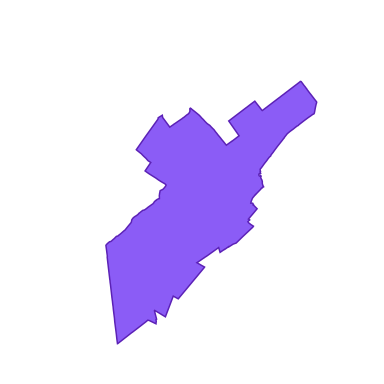 the district of Agigea, Constanta, Romania, rotated 320°
{"feature_id": "2599482B70645181256609", "entity_name": "Agigea", "entity_type": "district", "adm_level": 2, "iso_a3": "ROU", "parent_name": "Romania", "parent_adm1": "Constanta", "projection": "equal_earth", "projection_center": [28.603, 44.096], "detail": "fine", "context": "isolated", "style": "filled", "palette": "violet", "viewbox_px": 384, "rotation_deg": 320, "n_neighbors": 0, "source": "geoboundaries", "source_scale": "gbopen_adm2", "svg_char_len": 5811}
<svg xmlns="http://www.w3.org/2000/svg" viewBox="0 0 384 384"><g transform="rotate(320 192 192)"><path d="M250.1,234.1L250.3,233.8L250.4,233.7L250.4,233.4L250.2,233.3L250.2,233.2L250.3,233.0L250.5,232.5L250.8,231.9L251.2,230.9L251.4,230.7L251.6,230.3L252.1,229.8L252.4,229.4L252.6,229.2L252.8,228.7L253.1,228.1L253.3,227.7L253.3,227.4L253.4,226.8L253.5,226.3L253.7,225.9L253.8,225.4L254.1,224.9L254.2,224.7L254.3,224.4L254.5,224.3L254.7,224.2L254.8,224.2L254.8,224.3L254.8,224.5L255.0,224.4L255.0,224.2L255.2,223.8L255.1,223.7L254.8,224.0L254.7,224.1L254.5,223.9L254.3,223.8L254.2,223.5L254.1,223.4L254.0,223.2L253.9,223.0L253.9,222.6L254.1,222.1L254.3,221.8L254.5,221.5L254.8,221.4L255.1,221.2L255.3,221.2L255.5,221.2L255.6,221.4L255.7,221.7L255.8,221.9L256.1,222.0L256.4,222.0L256.5,222.0L256.6,221.7L256.8,221.2L257.1,220.6L257.2,220.3L257.4,220.1L257.7,220.1L257.8,220.1L257.8,219.9L258.0,219.6L258.2,219.3L258.6,218.6L259.0,218.3L259.5,218.2L260.4,218.1L262.5,217.6L263.6,217.3L265.2,216.9L266.5,216.6L269.5,216.0L271.7,215.4L273.7,215.0L274.1,215.0L274.5,215.0L275.2,215.0L275.7,214.9L276.1,214.6L276.4,214.4L278.4,214.0L279.9,213.7L280.2,213.6L282.9,212.9L287.2,211.9L294.1,210.5L296.7,209.9L297.1,209.9L297.5,209.8L297.7,209.6L301.0,208.9L301.8,208.7L303.0,208.6L306.0,208.6L310.2,208.9L312.2,208.9L314.9,209.0L315.5,209.2L316.0,209.3L316.4,209.3L316.7,209.2L317.8,209.2L323.2,209.4L328.6,209.7L331.7,210.0L334.6,210.2L335.3,210.5L335.7,210.5L336.4,210.2L337.7,209.2L339.0,208.1L341.1,206.4L343.7,204.4L344.7,203.8L345.1,203.5L345.4,203.0L345.5,199.4L345.7,195.0L345.8,191.0L345.9,190.0L346.0,187.4L346.2,186.8L346.2,185.9L346.2,185.3L346.3,184.4L346.3,182.2L346.4,181.3L346.6,177.7L346.4,177.2L346.0,176.9L345.7,177.0L298.2,174.8L298.1,174.6L298.5,162.8L293.4,162.5L265.8,161.2L264.2,179.2L255.2,178.8L255.2,178.7L248.4,178.2L248.4,177.1L248.5,173.7L248.5,170.6L248.6,168.8L248.6,165.8L248.6,164.6L248.7,163.2L248.7,162.1L248.7,160.8L248.8,159.7L248.9,158.3L248.8,157.5L248.7,156.7L248.6,155.2L248.5,154.0L248.5,153.1L248.4,152.1L248.3,151.9L247.9,150.5L247.6,149.4L247.5,148.6L247.3,146.0L247.3,145.0L247.2,143.2L247.1,142.3L247.0,141.3L247.0,139.7L246.9,138.0L246.7,136.8L245.8,132.1L245.1,128.8L245.0,128.2L245.0,127.9L244.9,127.9L244.6,126.7L243.9,126.8L242.8,128.2L242.5,128.6L242.3,128.8L241.8,129.1L241.5,129.2L241.1,129.4L241.0,129.5L240.8,129.5L240.3,129.7L240.1,129.7L239.9,129.7L239.6,129.8L239.4,129.8L237.4,129.6L236.6,129.6L236.2,129.6L235.7,129.6L234.8,129.6L233.8,129.6L233.5,129.6L233.4,129.5L232.3,129.4L232.2,129.4L231.9,129.4L231.0,129.4L230.4,129.3L229.6,129.2L229.3,129.2L227.5,129.0L226.4,128.9L223.2,128.6L221.7,128.4L221.0,128.4L219.7,128.3L218.9,128.2L217.3,128.1L216.9,128.0L216.7,128.0L216.8,126.2L216.9,124.5L217.3,118.0L217.4,116.6L217.4,116.0L217.8,115.4L218.6,114.1L215.5,113.6L214.6,113.5L213.8,113.4L213.4,113.8L213.0,114.1L212.6,114.3L212.0,114.5L199.2,117.8L192.5,119.5L186.9,121.0L181.7,122.4L176.5,123.8L176.5,124.0L177.5,129.0L177.8,130.3L177.8,130.5L177.8,131.3L178.0,133.7L178.3,136.0L178.4,136.7L178.4,137.9L178.4,139.4L178.5,140.0L179.4,142.9L169.6,145.7L170.2,148.2L170.9,150.7L171.6,152.9L172.4,155.4L173.2,157.8L174.1,161.3L175.1,164.5L175.6,165.8L176.0,167.0L176.2,167.3L176.3,167.5L176.7,169.5L176.5,170.0L176.2,170.3L175.2,170.6L174.0,170.9L172.1,171.2L171.5,171.2L171.2,171.2L168.5,170.5L167.6,171.2L167.0,171.7L166.2,172.3L165.5,173.0L164.9,173.5L164.5,173.9L164.0,174.6L163.7,175.0L162.8,176.1L162.3,175.8L161.8,175.6L161.3,175.5L160.9,175.4L160.4,175.3L159.3,175.2L159.0,175.2L159.0,175.3L157.9,175.2L157.6,175.2L157.3,175.2L156.8,175.3L156.5,175.4L156.2,175.5L155.8,175.7L155.6,175.7L155.2,175.8L154.9,175.8L154.6,175.9L154.2,175.9L153.9,175.9L153.5,175.8L148.5,175.4L147.0,175.4L145.0,175.3L144.4,175.2L144.1,175.2L143.8,175.1L143.5,174.9L142.6,174.5L142.5,174.4L140.1,174.3L138.8,174.3L137.7,174.3L137.6,174.2L137.1,174.3L136.2,174.5L135.5,174.4L134.4,174.4L132.8,174.1L132.2,174.1L131.4,174.0L130.6,174.0L129.8,174.1L129.4,174.2L129.0,174.3L128.3,174.5L128.0,174.6L127.8,174.7L127.7,174.8L127.4,175.1L126.8,175.5L126.3,176.0L125.9,176.2L125.6,176.3L121.2,177.1L116.1,178.1L114.9,178.0L110.8,178.1L109.4,178.1L108.0,178.0L107.8,178.0L107.2,178.1L106.9,178.0L106.5,177.9L105.6,177.4L105.4,177.4L104.4,177.5L102.5,177.7L102.4,177.7L101.2,177.7L100.2,177.7L99.0,177.8L98.0,177.7L97.7,177.6L97.1,177.2L96.6,177.1L96.0,177.1L95.0,177.1L94.4,177.1L93.3,177.2L92.4,177.3L92.2,177.4L91.7,177.6L85.8,186.9L85.3,187.2L82.3,191.7L80.6,194.3L79.4,196.1L77.9,198.4L75.6,201.9L72.9,206.0L72.2,207.2L71.4,208.3L69.9,210.7L69.1,211.9L65.6,217.2L64.2,219.3L63.3,220.7L63.2,220.9L62.8,221.4L62.2,222.4L61.8,223.0L60.8,224.6L59.7,226.2L59.0,227.3L57.8,229.2L56.4,231.2L53.1,236.3L51.5,238.8L51.0,239.5L49.5,241.6L42.5,252.5L40.4,255.6L37.4,260.3L37.6,260.4L55.6,261.0L56.0,261.1L73.0,261.8L75.4,261.8L75.8,261.8L76.7,263.1L79.7,269.8L80.6,268.9L81.2,268.4L81.4,268.2L81.7,267.7L82.4,266.6L83.1,266.7L86.9,258.8L87.3,258.7L91.4,270.5L110.7,259.7L112.8,265.0L117.8,264.1L153.2,257.7L153.4,257.6L152.2,254.5L150.3,249.3L161.2,250.4L161.4,250.5L176.7,251.7L174.7,256.3L180.1,256.8L180.1,257.0L184.9,257.4L184.8,257.7L190.1,258.4L193.0,259.5L202.1,258.8L216.2,258.0L217.1,257.7L216.7,256.4L216.1,254.5L216.0,253.8L215.7,252.6L215.6,251.5L215.8,250.6L218.3,250.5L218.3,250.4L217.8,249.0L224.5,247.9L231.1,246.7L230.9,244.2L230.8,242.7L230.7,241.9L230.6,241.5L230.5,241.2L231.1,241.0L231.0,240.2L231.3,239.8L231.3,239.7L230.7,239.0L229.9,238.3L230.4,237.9L231.2,237.3L233.8,235.9L234.7,235.5L235.3,235.4L236.5,235.2L238.9,234.7L238.9,234.9L241.1,234.6L246.9,234.0L247.1,233.8L247.4,233.7L247.6,233.7L247.8,233.7L248.0,233.8L248.2,234.0L248.6,234.0L248.8,234.0L249.1,233.9L249.3,233.8L249.6,233.9L250.1,234.1Z" fill="#8b5cf6" stroke="#5b21b6" stroke-width="1.5"/></g></svg>